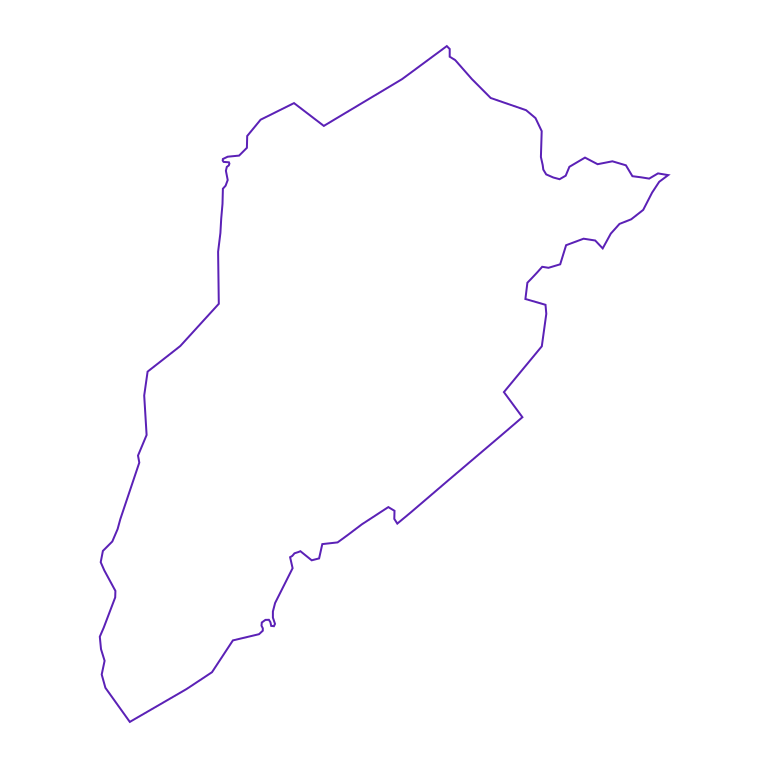 outline of Bandiagara, Mopti, Mali
{"feature_id": "8926073B93084007572424", "entity_name": "Bandiagara", "entity_type": "district", "adm_level": 2, "iso_a3": "MLI", "parent_name": "Mali", "parent_adm1": "Mopti", "projection": "natural_earth1", "projection_center": [-3.556, 14.444], "detail": "fine", "context": "isolated", "style": "outline", "palette": "violet", "viewbox_px": 768, "rotation_deg": 0, "n_neighbors": 0, "source": "geoboundaries", "source_scale": "gbopen_adm2", "svg_char_len": 1703}
<svg xmlns="http://www.w3.org/2000/svg" viewBox="0 0 768 768"><path d="M668.2,175.1L658.0,173.4L649.2,178.6L641.0,177.3L632.4,176.2L625.9,165.3L612.4,161.3L597.6,164.2L585.0,157.6L569.4,166.8L565.7,175.7L559.6,179.2L553.3,177.5L546.2,174.4L543.3,169.6L542.7,165.1L540.9,157.0L541.7,131.1L535.5,118.1L526.1,110.2L490.7,98.0L471.8,79.0L455.2,60.1L449.7,56.7L449.7,49.0L446.8,46.1L402.1,79.1L323.8,125.9L294.0,103.1L260.6,119.7L247.2,136.0L246.9,147.8L239.1,155.6L227.7,156.7L222.9,159.0L222.7,160.6L223.6,161.9L228.9,162.3L229.4,163.6L228.8,165.4L226.8,166.9L225.9,170.8L227.7,180.0L225.6,185.7L222.9,188.7L222.5,203.9L221.2,218.8L220.4,233.0L218.1,251.7L218.8,303.8L204.0,320.0L180.3,346.0L173.2,351.6L147.6,371.6L144.2,395.5L146.6,435.0L138.0,455.6L139.3,462.6L120.3,519.2L117.6,529.1L112.3,541.5L102.9,550.9L100.7,562.2L104.3,570.4L115.4,590.9L115.2,597.4L103.7,627.7L99.8,636.7L101.0,649.1L104.6,660.8L101.7,674.5L105.4,687.8L129.8,721.9L186.6,689.0L212.0,672.2L232.9,640.4L259.0,634.2L262.8,630.7L262.8,628.3L261.5,625.7L261.8,622.5L265.4,619.9L268.9,619.8L270.4,622.2L271.2,625.9L273.9,626.2L275.0,623.9L272.9,617.6L272.9,611.5L275.1,603.0L292.6,568.2L290.1,557.2L292.3,555.9L294.5,553.3L298.5,552.0L300.4,551.2L311.7,560.3L319.1,558.4L322.3,544.1L337.6,542.4L347.6,535.1L361.9,524.3L388.3,507.1L394.5,510.8L394.3,518.9L397.3,523.6L410.8,512.4L447.5,481.0L502.0,434.7L522.4,417.2L503.9,392.1L541.8,346.3L546.3,313.8L545.5,304.8L525.4,299.0L527.4,282.7L531.4,278.6L537.4,272.2L542.2,266.8L548.5,267.8L560.2,264.3L566.1,245.2L583.6,238.7L595.2,240.5L602.7,248.4L610.8,233.6L619.5,223.9L631.2,219.3L643.2,209.9L652.1,192.6L659.2,181.8L668.2,175.1Z" fill="none" stroke="#5b21b6" stroke-width="2"/></svg>